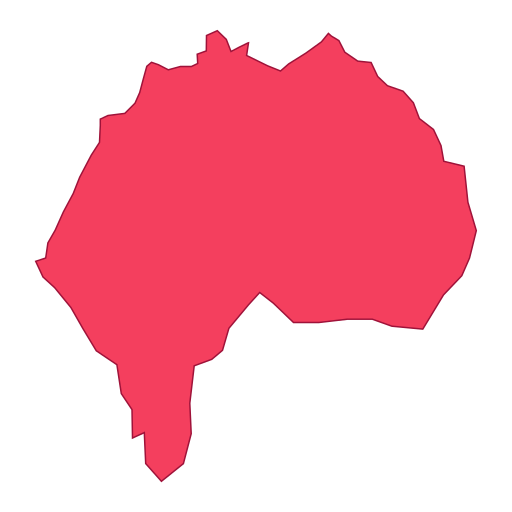 the district of Choulou, Paphos, Cyprus
{"feature_id": "46923920B92618360089524", "entity_name": "Choulou", "entity_type": "district", "adm_level": 2, "iso_a3": "CYP", "parent_name": "Cyprus", "parent_adm1": "Paphos", "projection": "equal_earth", "projection_center": [32.556, 34.871], "detail": "fine", "context": "isolated", "style": "filled", "palette": "rose", "viewbox_px": 512, "rotation_deg": 0, "n_neighbors": 0, "source": "geoboundaries", "source_scale": "gbopen_adm2", "svg_char_len": 1165}
<svg xmlns="http://www.w3.org/2000/svg" viewBox="0 0 512 512"><path d="M100.3,119.1L100.3,125.5L99.5,142.4L91.3,155.1L79.7,177.2L73.2,193.6L63.4,211.9L55.2,230.2L47.9,242.9L45.7,258.0L35.7,261.3L43.0,277.0L54.7,287.7L70.9,307.5L83.1,328.9L96.3,350.8L116.9,364.7L121.3,393.6L132.0,409.6L132.5,438.0L144.3,432.6L145.7,463.6L160.9,480.7L161.4,481.3L183.4,463.6L191.2,433.7L189.8,403.2L194.2,365.8L211.8,359.3L222.5,350.3L228.9,328.3L248.5,304.8L259.7,292.5L273.4,303.2L293.5,322.5L318.9,322.5L347.3,319.2L372.3,319.2L391.9,326.2L422.8,329.1L440.3,300.2L443.5,294.9L461.8,275.7L469.5,258.1L471.9,248.5L476.3,230.6L467.9,202.2L464.1,166.2L443.8,161.3L441.0,145.6L433.5,129.5L419.4,118.6L413.4,102.8L403.1,91.2L387.4,85.7L377.7,76.5L371.1,62.5L357.7,61.1L344.8,52.2L338.9,40.6L331.4,36.1L328.4,33.4L321.4,41.9L305.9,53.1L288.7,63.9L280.5,71.0L267.6,65.8L246.6,55.5L248.5,42.8L247.8,43.0L239.6,47.0L231.0,51.5L226.3,39.4L217.3,30.7L206.5,35.5L206.3,50.9L197.2,54.2L197.7,63.5L191.4,66.5L180.4,66.5L168.3,69.8L158.4,64.7L151.5,62.3L146.8,66.3L143.2,79.4L139.7,92.6L135.0,103.2L124.8,113.4L108.0,115.5L100.3,119.1Z" fill="#f43f5e" stroke="#9f1239" stroke-width="1.5"/></svg>